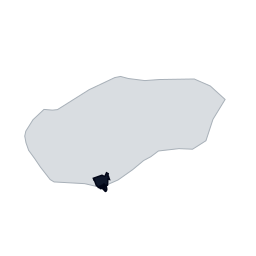 92, Al Wakrah, Qatar (highlighted), rotated 70°
{"feature_id": "91078587B57954650204567", "entity_name": "92", "entity_type": "district", "adm_level": 2, "iso_a3": "QAT", "parent_name": "Qatar", "parent_adm1": "Al Wakrah", "projection": "mercator", "projection_center": [51.612, 25.031], "detail": "fine", "context": "in_parent", "style": "filled", "palette": "ink", "viewbox_px": 256, "rotation_deg": 70, "n_neighbors": 0, "source": "geoboundaries", "source_scale": "gbopen_adm2", "svg_char_len": 2216}
<svg xmlns="http://www.w3.org/2000/svg" viewBox="0 0 256 256"><g transform="rotate(70 128 128)"><path d="M135.0,223.6L124.7,226.2L115.0,229.0L106.9,228.9L100.3,227.8L96.0,225.1L87.7,214.4L81.8,200.6L85.4,192.8L86.6,188.0L78.7,151.4L76.1,123.2L77.0,117.4L81.6,110.8L89.2,96.0L93.2,81.9L104.6,49.0L116.7,36.3L134.4,27.0L148.9,45.2L166.6,59.1L170.0,74.6L164.8,87.2L160.0,107.3L162.8,116.5L163.9,124.4L168.7,137.8L173.4,155.1L174.2,167.2L171.6,178.3L165.5,187.7L153.4,215.9L149.8,218.8L135.0,223.6Z" fill="#d9dde1" stroke="#a8b0b8" stroke-width="1"/><path d="M163.4,177.8L165.4,177.8L165.4,177.4L171.5,177.4L171.8,176.9L172.3,176.6L172.9,176.3L173.4,176.2L173.7,176.3L173.8,176.2L173.7,175.8L174.0,175.6L174.2,175.2L175.5,174.7L175.5,174.3L175.6,174.1L175.8,173.7L176.0,172.9L176.0,172.7L176.7,172.4L178.9,171.4L179.7,171.1L179.9,170.9L179.9,170.7L179.7,170.6L176.7,171.9L176.0,172.3L175.7,172.4L175.0,172.9L174.6,173.0L174.3,173.1L174.3,173.8L173.7,173.8L173.7,173.7L173.9,173.7L173.6,173.5L173.5,174.3L173.0,174.3L173.1,173.0L172.3,169.6L173.2,169.3L173.5,170.2L173.9,172.0L174.3,171.9L174.3,172.2L174.1,172.3L174.9,172.0L175.3,171.8L176.4,171.2L179.4,169.7L178.9,169.2L178.3,168.9L177.5,168.7L176.5,168.5L175.5,168.6L175.5,168.8L176.3,171.0L176.2,171.0L176.1,170.9L176.0,170.7L175.9,170.6L175.8,170.4L175.7,170.3L175.5,170.1L175.4,169.9L175.3,169.7L175.2,169.6L175.2,169.4L175.1,169.2L175.0,169.3L175.1,169.5L175.3,169.8L175.4,170.0L175.5,170.1L175.6,170.3L175.8,170.7L175.9,170.8L176.0,171.0L175.9,171.2L175.9,171.3L175.8,171.5L175.6,171.4L175.5,171.2L175.4,171.1L175.5,171.1L175.4,171.2L175.3,171.3L175.2,171.3L175.2,171.2L175.3,171.2L175.3,170.6L175.2,170.7L175.2,170.8L175.0,171.3L174.9,171.4L175.1,170.9L175.1,170.6L175.0,170.4L174.9,170.4L174.9,170.6L174.8,171.2L174.8,171.3L174.7,171.3L174.5,169.2L174.4,168.7L174.4,168.1L174.4,167.6L174.5,167.5L174.6,167.3L174.6,167.1L174.8,168.0L174.9,168.3L174.9,168.6L174.9,168.3L174.9,168.0L174.8,167.9L174.8,167.5L174.8,167.2L174.7,167.1L174.6,166.7L169.1,164.4L170.0,163.0L168.5,163.0L168.3,163.0L166.7,162.9L166.7,163.3L165.9,163.3L164.2,162.2L162.7,163.5L165.3,166.0L165.4,166.8L163.5,168.6L163.4,177.8Z" fill="#0f172a" stroke="#020617" stroke-width="1.5"/></g></svg>